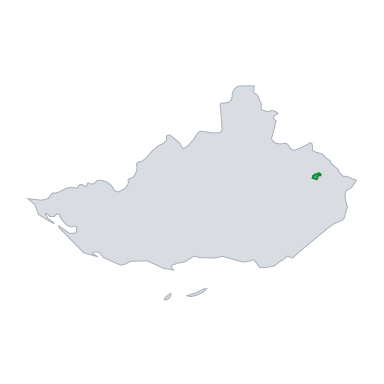 location of San Marcos de Caiquin, Lempira, Honduras, rotated 183°
{"feature_id": "27666195B28555901802935", "entity_name": "San Marcos de Caiquin", "entity_type": "district", "adm_level": 2, "iso_a3": "HND", "parent_name": "Honduras", "parent_adm1": "Lempira", "projection": "natural_earth1", "projection_center": [-88.626, 14.387], "detail": "fine", "context": "in_parent", "style": "filled", "palette": "green", "viewbox_px": 384, "rotation_deg": 183, "n_neighbors": 0, "source": "geoboundaries", "source_scale": "gbopen_adm2", "svg_char_len": 3507}
<svg xmlns="http://www.w3.org/2000/svg" viewBox="0 0 384 384"><g transform="rotate(183 192 192)"><path d="M355.5,176.8L341.9,175.9L335.5,177.8L332.7,182.1L330.3,184.0L328.3,183.6L324.3,185.3L318.1,189.1L312.6,190.5L307.7,189.6L306.3,190.5L305.9,191.8L305.1,193.0L303.2,193.7L301.0,193.3L298.6,192.0L297.3,192.5L297.1,195.0L295.8,195.7L293.3,194.5L290.4,195.4L287.3,198.4L282.9,199.0L277.2,197.3L272.7,194.1L269.6,189.3L265.8,188.1L259.2,191.7L256.5,195.8L255.9,198.3L256.6,200.6L255.4,202.1L252.3,202.9L250.0,205.7L248.4,210.6L248.1,214.3L249.1,216.9L247.6,218.9L243.6,220.1L238.9,224.3L233.5,231.4L228.1,236.4L222.7,239.2L220.1,242.4L220.3,245.8L220.0,246.9L218.9,247.3L217.2,247.8L206.8,240.3L203.8,235.0L201.2,235.8L197.9,238.5L193.4,244.4L188.4,252.3L186.1,253.2L173.7,252.0L167.2,252.7L165.9,253.8L165.3,256.7L165.7,260.7L167.5,274.7L168.5,280.5L167.5,282.3L164.2,282.6L159.9,283.4L157.6,286.1L157.0,288.8L156.8,292.6L155.4,296.6L152.8,299.4L150.1,300.4L135.4,301.2L135.7,294.7L131.4,292.0L129.0,286.6L126.9,282.9L127.6,280.7L127.4,278.1L121.4,276.1L115.8,277.7L112.6,276.6L110.2,275.2L114.3,272.0L114.6,270.1L113.3,268.6L111.9,267.7L112.3,264.1L113.2,259.8L115.4,249.7L114.6,248.0L110.8,244.9L106.1,244.6L100.9,245.6L98.4,244.0L96.1,240.6L92.4,238.9L85.8,241.7L78.8,245.8L76.7,247.3L74.9,247.1L74.1,244.0L73.8,240.4L73.4,239.4L69.6,238.1L65.3,237.2L63.1,236.2L61.0,233.7L55.8,230.4L54.6,228.0L47.6,222.5L46.2,219.8L44.6,217.8L41.3,215.3L38.7,215.9L29.9,212.7L28.5,212.5L29.8,209.7L32.5,205.4L38.6,200.7L39.1,196.8L37.5,189.4L35.9,184.7L36.8,182.5L38.7,173.9L40.2,171.9L48.9,167.6L49.7,167.0L56.6,160.9L64.3,154.1L72.2,146.7L81.1,138.3L86.0,133.5L88.3,131.3L93.4,133.1L97.4,129.1L99.8,127.8L105.2,123.1L106.9,122.1L116.0,120.1L120.4,120.2L124.3,125.0L127.3,127.6L133.1,125.3L137.9,124.8L157.8,129.3L165.7,127.3L180.3,126.9L186.8,128.0L196.0,121.7L201.9,120.4L208.9,117.5L207.9,114.5L206.3,113.1L216.9,114.4L232.7,120.8L249.5,119.7L255.6,116.2L259.5,115.2L276.8,121.8L281.3,126.8L284.9,127.3L287.6,126.2L288.4,125.1L285.0,124.0L283.4,122.5L297.0,125.6L322.8,149.4L323.3,151.3L312.3,144.3L306.5,144.8L305.0,146.0L305.4,149.8L305.9,151.6L308.4,151.8L310.2,150.8L314.8,152.0L317.8,154.6L321.4,158.5L323.6,162.8L326.0,162.8L328.3,160.3L332.6,160.0L335.4,162.8L337.4,162.7L334.6,158.2L328.0,153.8L329.6,153.6L344.2,161.6L348.4,171.5L351.9,173.8L355.5,176.8ZM183.4,91.2L174.9,96.0L172.3,96.0L176.2,92.2L182.4,89.0L187.7,87.5L192.0,88.1L183.4,91.2ZM212.2,86.1L208.2,89.7L207.5,88.0L209.4,84.7L211.8,82.8L214.1,83.0L213.6,84.5L212.2,86.1Z" fill="#d9dde1" stroke="#a8b0b8" stroke-width="1"/><path d="M68.1,211.0L67.2,212.7L67.3,212.8L67.4,213.0L67.4,213.3L67.5,213.4L67.6,213.5L67.7,213.8L67.5,214.0L67.4,214.0L67.3,214.3L67.3,214.5L67.2,214.8L66.4,214.9L66.4,215.1L66.2,215.1L65.9,215.2L65.3,214.9L63.9,215.5L64.0,215.5L64.1,215.8L64.3,215.8L64.5,216.0L64.7,216.3L64.7,216.5L64.8,216.5L64.9,216.8L64.9,217.0L65.0,217.1L65.3,217.2L65.5,217.1L65.8,217.1L66.0,217.0L66.3,217.1L66.4,217.3L66.5,217.3L66.5,217.5L66.7,217.4L66.8,217.3L66.8,217.2L66.7,217.1L66.8,217.0L67.0,217.0L67.0,216.9L67.2,217.0L67.3,217.0L67.3,216.9L67.5,216.8L67.8,216.9L68.0,216.8L68.0,216.7L68.3,216.5L68.5,216.6L68.8,216.4L69.0,216.4L69.2,216.2L69.3,216.2L69.5,216.1L69.8,216.0L70.0,216.0L70.1,215.9L70.2,215.7L70.3,215.7L70.4,215.8L70.5,215.8L70.5,215.7L71.6,214.5L71.6,214.4L71.8,214.4L72.0,214.4L72.0,214.5L72.2,214.4L72.2,214.0L72.1,213.6L72.2,212.9L72.5,212.2L68.1,211.0Z" fill="#22c55e" stroke="#15803d" stroke-width="1.5"/></g></svg>